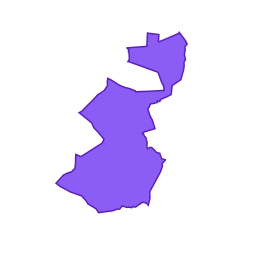 outline of Santiago Huauclilla, Oaxaca, Mexico, rotated 336°
{"feature_id": "50627088B40997107404186", "entity_name": "Santiago Huauclilla", "entity_type": "district", "adm_level": 2, "iso_a3": "MEX", "parent_name": "Mexico", "parent_adm1": "Oaxaca", "projection": "natural_earth1", "projection_center": [-97.024, 17.49], "detail": "fine", "context": "isolated", "style": "filled", "palette": "violet", "viewbox_px": 256, "rotation_deg": 336, "n_neighbors": 0, "source": "geoboundaries", "source_scale": "gbopen_adm2", "svg_char_len": 2383}
<svg xmlns="http://www.w3.org/2000/svg" viewBox="0 0 256 256"><g transform="rotate(336 128 128)"><path d="M129.7,74.4L127.7,77.6L126.9,80.1L126.6,80.8L123.6,82.8L121.7,84.0L116.9,85.0L114.5,85.1L106.6,88.5L100.7,90.7L92.2,94.0L89.6,94.1L96.9,108.5L96.9,113.9L99.1,120.0L101.5,128.5L98.2,131.3L73.5,135.0L69.5,130.9L65.6,139.1L63.0,143.4L60.5,144.2L60.3,144.4L58.4,145.1L55.4,144.6L50.0,144.7L39.8,149.2L42.1,153.6L49.3,162.9L58.1,171.3L58.2,171.5L59.9,176.9L60.6,181.2L66.0,188.9L66.7,193.4L80.4,197.4L82.0,197.5L83.7,197.6L85.1,197.7L86.7,198.6L87.9,198.5L90.8,196.9L91.7,197.6L93.1,198.6L94.5,200.0L96.6,200.7L98.0,201.6L99.2,202.4L101.0,201.9L102.2,203.1L103.9,203.2L105.9,202.5L107.5,202.4L109.2,202.1L110.6,201.8L111.9,202.2L113.5,203.5L114.6,205.0L115.1,206.8L119.5,201.1L121.9,195.1L139.0,181.9L141.4,179.7L142.3,178.5L143.3,177.6L144.2,176.4L144.6,174.4L148.9,172.6L149.2,172.2L146.2,169.8L146.7,164.0L144.2,162.1L142.1,156.2L140.6,154.7L139.9,154.6L137.4,154.9L137.4,153.4L139.6,148.9L140.1,145.4L140.5,144.4L139.6,142.0L139.8,139.9L138.9,138.7L139.3,138.6L141.0,138.2L141.7,138.2L145.2,138.7L152.4,139.6L153.4,131.0L153.1,125.2L153.2,124.1L153.9,118.4L154.3,118.2L155.9,117.5L156.8,116.6L158.3,115.2L159.8,115.5L161.1,115.9L162.4,116.2L164.4,116.4L165.2,116.5L165.2,116.1L165.7,115.1L167.2,115.7L167.4,116.6L168.4,116.4L169.5,115.1L175.1,115.3L181.0,115.0L185.7,107.1L195.9,105.4L202.6,97.3L204.1,94.8L204.5,94.3L204.8,93.4L205.2,92.4L205.4,91.7L205.9,90.8L206.2,90.5L206.7,90.0L207.9,89.2L208.4,88.9L208.5,88.3L208.6,87.5L208.7,86.7L208.9,86.1L209.1,85.0L209.5,83.9L210.0,82.6L210.6,81.8L211.1,81.4L211.5,80.8L211.9,80.1L212.2,79.3L212.5,78.5L212.7,77.6L213.1,77.0L213.6,76.5L214.6,76.1L215.6,75.9L215.9,75.7L216.2,74.9L216.2,74.2L216.0,73.8L215.7,72.7L216.1,72.3L216.2,72.2L213.7,61.5L212.9,62.2L206.0,62.2L197.5,62.0L195.1,62.0L192.1,61.8L191.0,61.4L194.2,55.2L187.6,51.2L184.4,49.2L178.4,61.1L161.4,55.0L160.6,54.7L159.8,54.4L159.6,55.2L159.9,55.7L160.4,56.3L160.6,56.7L160.5,57.2L160.3,57.6L159.4,58.2L159.4,60.0L159.3,60.6L158.9,61.4L158.5,62.5L158.1,63.2L158.0,63.5L157.9,64.3L157.4,65.4L155.0,67.3L155.7,67.7L155.9,67.9L163.7,75.4L178.1,89.3L177.4,98.9L177.5,104.7L176.3,108.3L170.4,106.1L161.1,102.6L155.5,100.3L149.7,98.0L149.7,96.9L145.5,92.7L140.7,88.9L136.9,84.5L134.2,80.3L131.7,76.7L129.7,74.4Z" fill="#8b5cf6" stroke="#5b21b6" stroke-width="1.5"/></g></svg>